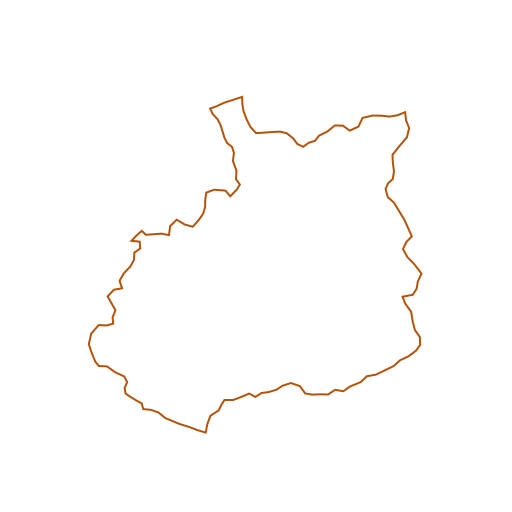 outline of Armazém, Santa Catarina, Brazil, rotated 252°
{"feature_id": "56859067B33750848824651", "entity_name": "Armazém", "entity_type": "district", "adm_level": 2, "iso_a3": "BRA", "parent_name": "Brazil", "parent_adm1": "Santa Catarina", "projection": "albers", "projection_center": [-49.004, -28.235], "detail": "fine", "context": "isolated", "style": "outline", "palette": "amber", "viewbox_px": 512, "rotation_deg": 252, "n_neighbors": 0, "source": "geoboundaries", "source_scale": "gbopen_adm2", "svg_char_len": 2106}
<svg xmlns="http://www.w3.org/2000/svg" viewBox="0 0 512 512"><g transform="rotate(252 256 256)"><path d="M410.4,257.9L404.4,258.7L398.0,261.7L391.9,262.7L385.6,262.7L378.6,262.5L372.3,263.5L367.1,266.9L361.0,266.9L353.4,263.4L343.2,263.8L335.3,260.7L328.9,262.7L324.9,257.9L320.7,250.0L327.6,247.2L332.0,236.6L331.6,228.3L325.5,225.2L318.3,222.8L312.5,218.7L308.0,212.8L303.4,204.9L307.9,198.0L315.0,191.8L311.0,183.6L302.8,179.7L306.5,172.9L308.6,164.3L310.2,157.9L315.2,155.1L312.2,148.2L308.9,142.3L305.6,149.8L298.9,148.2L296.8,141.3L290.1,138.8L284.9,133.3L280.4,125.0L274.6,118.6L266.7,118.6L267.8,110.3L263.4,102.4L255.0,104.1L248.0,105.6L241.9,100.6L235.8,99.3L236.1,92.5L238.9,85.0L233.1,75.3L223.7,69.7L215.2,69.8L205.2,70.5L200.0,72.5L197.1,80.1L188.8,86.3L182.1,93.5L175.8,94.5L171.2,90.3L165.5,89.4L160.3,93.5L155.5,97.6L151.2,101.7L145.2,101.5L142.1,108.7L137.3,114.9L130.0,119.6L125.5,124.8L119.7,131.6L113.6,140.2L108.8,146.1L103.6,153.6L111.2,157.8L118.2,163.3L120.6,172.7L124.9,176.8L128.8,181.5L126.1,189.8L126.5,198.4L127.3,207.0L122.2,211.8L124.0,219.0L122.7,225.9L122.5,234.2L124.4,241.0L124.4,250.0L118.6,257.6L110.1,260.3L106.8,266.6L104.7,274.1L102.0,281.8L104.3,289.9L100.4,297.2L102.8,304.8L103.7,316.5L107.4,324.3L106.1,333.2L107.4,342.9L108.8,352.9L112.3,360.7L113.5,370.1L116.5,378.9L120.7,384.6L128.3,386.8L136.7,384.2L145.2,384.8L155.0,386.3L164.7,383.2L172.0,382.8L170.7,393.1L175.2,398.6L181.9,402.1L188.0,407.9L194.0,405.9L200.1,403.7L208.0,399.7L217.1,397.9L222.9,403.4L226.5,410.3L244.6,408.3L264.1,403.7L271.3,399.5L279.8,400.0L284.3,404.1L287.0,409.9L293.9,413.4L303.0,415.1L310.1,417.1L315.9,425.8L322.2,436.2L330.4,441.2L338.5,440.6L346.7,442.3L346.1,434.4L347.3,426.1L350.6,419.0L353.6,410.0L354.4,400.0L347.4,393.4L346.3,383.9L353.1,378.9L355.8,371.4L352.3,362.2L351.0,353.2L347.3,347.7L347.4,341.3L345.3,334.6L349.8,329.9L356.4,327.7L363.1,323.3L366.8,317.4L368.6,311.0L370.7,302.4L372.8,294.1L380.4,290.6L388.7,289.3L397.6,288.9L404.9,290.0L411.6,292.0L411.6,283.1L411.6,272.7L410.6,264.8L410.4,257.9Z" fill="none" stroke="#b45309" stroke-width="2"/></g></svg>